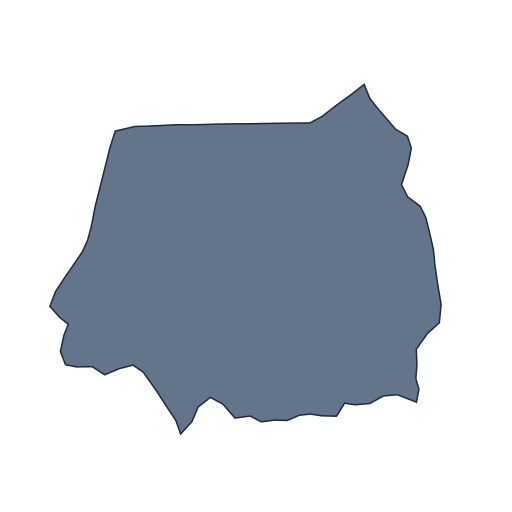 Belford Roxo, Rio de Janeiro, Brazil, rotated 191°
{"feature_id": "56859067B85088226516355", "entity_name": "Belford Roxo", "entity_type": "district", "adm_level": 2, "iso_a3": "BRA", "parent_name": "Brazil", "parent_adm1": "Rio de Janeiro", "projection": "robinson", "projection_center": [-43.378, -22.731], "detail": "fine", "context": "isolated", "style": "filled", "palette": "slate", "viewbox_px": 512, "rotation_deg": 191, "n_neighbors": 0, "source": "geoboundaries", "source_scale": "gbopen_adm2", "svg_char_len": 1168}
<svg xmlns="http://www.w3.org/2000/svg" viewBox="0 0 512 512"><g transform="rotate(191 256 256)"><path d="M418.0,351.8L420.1,333.8L421.8,301.3L423.3,274.5L423.3,253.8L424.3,239.4L427.1,227.5L433.2,213.1L439.0,199.9L446.0,182.9L448.7,167.3L437.4,158.5L427.3,153.1L429.4,141.7L429.8,124.9L422.2,112.9L411.1,112.9L395.7,116.1L381.8,110.5L368.8,119.3L355.9,125.4L344.6,120.5L329.0,105.6L313.7,89.8L303.3,79.3L296.0,66.9L287.3,81.2L284.0,96.6L273.9,108.5L260.4,104.4L245.7,92.9L231.2,97.8L219.2,94.2L206.3,98.5L193.9,100.5L183.0,108.0L172.3,111.2L160.9,111.7L146.4,114.1L140.9,128.5L130.6,128.8L116.1,132.9L104.3,142.9L90.8,146.8L70.6,143.1L70.6,156.3L75.7,166.1L77.2,179.5L80.9,195.1L72.9,212.6L63.3,225.5L65.0,243.6L73.0,265.0L78.8,281.8L83.1,296.2L89.2,310.1L96.7,326.2L104.3,336.2L118.4,343.0L126.8,353.7L124.1,374.5L124.1,391.5L130.2,402.5L143.2,407.1L154.0,415.7L165.1,424.4L174.4,432.5L182.6,445.1L192.9,433.2L205.3,420.0L217.5,405.9L228.4,396.9L240.8,394.4L254.9,391.5L271.1,388.1L291.6,383.7L304.0,381.3L319.1,378.1L333.2,374.9L346.7,372.0L357.4,370.1L373.2,366.2L388.3,362.5L399.5,360.1L418.0,351.8Z" fill="#64748b" stroke="#1e293b" stroke-width="1.5"/></g></svg>